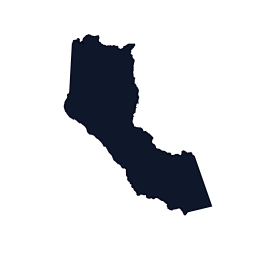 outline of Jacareacanga, Pará, Brazil, rotated 341°
{"feature_id": "56859067B99628293972220", "entity_name": "Jacareacanga", "entity_type": "district", "adm_level": 2, "iso_a3": "BRA", "parent_name": "Brazil", "parent_adm1": "Pará", "projection": "robinson", "projection_center": [-57.195, -7.478], "detail": "fine", "context": "isolated", "style": "filled", "palette": "ink", "viewbox_px": 256, "rotation_deg": 341, "n_neighbors": 0, "source": "geoboundaries", "source_scale": "gbopen_adm2", "svg_char_len": 5849}
<svg xmlns="http://www.w3.org/2000/svg" viewBox="0 0 256 256"><g transform="rotate(341 128 128)"><path d="M90.5,121.7L90.4,121.3L91.3,121.5L94.0,123.7L95.2,126.8L96.7,128.6L98.0,131.0L99.3,134.5L99.6,137.2L99.8,137.3L100.6,137.4L100.9,137.6L101.5,138.4L102.6,144.9L104.1,148.0L104.4,149.1L104.5,152.8L104.7,153.8L105.8,155.4L107.1,158.0L109.3,160.1L109.4,161.4L109.9,163.5L110.4,164.0L111.6,164.2L112.1,164.4L113.2,166.3L113.1,167.3L112.3,169.2L112.2,170.6L111.5,171.7L111.5,172.6L112.0,173.8L112.0,174.8L111.2,176.5L111.2,176.9L111.4,177.8L112.8,179.8L112.8,180.2L112.4,180.9L112.5,181.3L113.4,182.0L113.6,182.3L113.6,182.7L113.4,183.4L112.8,184.1L112.9,185.3L113.1,185.6L114.1,186.1L114.0,188.5L114.2,189.0L114.9,189.8L115.1,190.8L115.3,191.3L115.5,192.1L115.1,193.9L115.5,194.7L116.9,194.9L118.4,194.2L120.4,195.3L121.4,196.1L121.9,196.2L123.1,196.1L123.5,196.6L123.7,197.6L123.7,198.3L123.4,199.1L123.4,199.7L123.6,200.0L124.2,200.2L125.1,201.1L128.1,201.4L128.4,201.8L128.6,202.5L128.9,202.9L129.6,203.0L130.6,202.6L131.7,202.5L132.8,202.9L133.7,203.6L136.3,207.1L138.3,208.3L138.6,209.4L139.2,210.2L140.0,210.7L139.8,211.5L140.6,212.0L140.9,212.5L140.8,213.3L139.9,214.5L140.3,215.6L140.0,216.2L140.0,217.1L140.9,217.6L141.1,218.3L141.6,218.8L142.3,219.0L142.9,219.6L144.9,219.0L145.5,219.4L148.2,219.9L149.1,219.4L149.8,219.9L150.9,220.2L151.7,221.3L152.5,223.9L152.8,223.9L153.0,224.5L153.0,226.5L153.2,227.1L153.1,227.7L153.6,228.5L154.0,228.5L154.7,228.0L155.6,227.4L155.9,226.9L157.7,226.5L181.4,228.8L181.2,176.4L180.9,176.3L180.5,175.2L179.7,174.7L179.5,174.0L179.8,172.9L179.4,171.9L178.3,172.5L178.0,172.3L177.8,171.6L177.5,171.5L177.0,171.6L175.7,171.3L175.2,171.7L175.0,170.4L174.3,169.4L174.2,169.1L173.0,167.9L171.7,168.0L171.5,168.8L171.1,169.2L170.8,170.4L170.0,171.1L168.9,171.7L168.3,171.5L167.1,170.2L166.5,170.1L166.6,169.5L165.4,169.0L164.7,169.1L164.4,168.8L164.1,168.8L163.6,169.3L162.6,168.9L161.4,169.2L161.0,168.7L159.6,168.4L159.5,168.2L159.7,166.3L159.4,165.7L158.2,165.2L157.5,165.9L156.9,165.7L156.5,164.2L155.7,163.5L155.2,162.6L154.4,162.0L152.8,161.3L152.0,160.6L150.3,158.3L148.6,157.7L147.5,156.5L147.3,155.4L147.5,155.0L147.4,153.1L147.1,152.4L146.1,151.4L145.6,150.7L145.3,148.7L146.4,147.1L146.6,145.9L147.6,146.1L147.8,146.0L148.0,144.9L147.1,143.7L146.9,142.6L146.2,142.1L145.9,140.7L145.4,140.4L145.2,140.9L144.9,140.8L144.4,138.8L143.4,137.3L142.7,137.1L142.7,137.6L142.3,137.6L140.9,136.7L140.8,136.4L141.0,135.5L140.7,134.5L141.0,134.0L140.6,133.6L140.5,133.2L140.1,132.8L139.7,132.1L139.1,131.9L138.7,132.1L137.4,131.2L136.0,130.6L135.8,130.7L134.9,129.5L134.1,129.3L133.6,128.7L133.6,127.7L133.9,127.0L133.8,125.8L133.4,125.2L133.5,123.9L134.1,122.1L134.6,121.5L134.5,120.8L134.7,120.6L135.0,120.6L135.0,120.2L135.2,120.3L135.5,120.1L135.5,119.6L135.3,119.3L135.7,119.1L136.0,118.7L136.1,117.8L136.4,118.0L136.3,117.6L136.6,117.0L136.4,116.7L137.0,116.2L137.3,116.1L137.7,115.4L138.3,115.7L138.5,115.6L139.2,115.1L139.6,115.1L139.6,114.7L139.8,114.7L139.9,113.5L140.3,113.5L140.5,113.2L140.5,112.6L140.8,112.6L141.1,111.3L141.4,111.2L141.2,111.1L140.8,110.5L141.4,110.1L141.4,109.8L141.9,109.9L142.2,109.0L142.6,109.0L142.7,108.3L142.9,108.1L142.9,107.7L143.5,107.7L144.2,106.8L144.2,107.0L144.5,106.9L144.9,106.4L145.1,106.7L145.1,105.6L145.7,105.4L145.8,105.6L145.9,105.0L146.5,104.6L146.5,104.3L146.9,103.2L147.0,103.5L147.5,103.0L147.4,102.8L147.7,102.4L147.3,102.1L147.0,101.0L147.2,100.8L147.8,100.9L147.6,100.3L148.0,99.3L147.9,99.1L148.2,98.6L147.9,98.3L148.0,97.8L148.1,97.5L148.5,97.6L149.1,97.3L149.0,97.0L149.5,96.5L149.9,95.3L149.8,94.3L149.6,93.9L149.6,92.9L149.0,92.0L148.9,90.7L149.1,90.3L148.8,89.7L148.8,89.2L148.4,88.4L147.6,87.5L148.1,87.4L148.3,87.0L148.0,85.8L148.2,85.7L148.9,85.7L148.9,85.0L149.4,84.6L149.7,83.3L150.0,83.3L150.3,83.1L149.3,81.5L149.4,80.5L149.9,79.1L149.6,79.0L149.5,78.5L149.7,78.2L149.9,78.3L150.3,77.6L150.0,76.8L150.2,76.4L150.9,75.8L150.9,75.7L150.6,75.3L150.7,75.0L150.8,74.8L151.5,74.8L151.5,74.3L151.9,73.8L151.9,72.6L152.5,72.2L152.3,71.6L152.3,71.4L152.6,71.3L152.7,70.5L153.3,70.0L154.0,68.5L154.5,68.1L154.6,67.3L155.1,67.0L155.5,66.3L155.6,65.6L155.2,65.5L155.2,64.8L154.9,64.7L154.7,63.5L154.8,63.0L154.6,62.7L154.6,61.8L155.3,60.9L155.3,60.7L154.1,59.3L154.1,58.3L154.3,57.7L155.2,56.8L155.4,56.1L155.4,54.8L155.8,54.6L156.3,54.2L156.7,54.5L157.1,54.4L157.5,54.2L158.2,53.3L158.7,53.5L159.1,53.3L159.7,52.8L159.8,52.1L160.9,52.0L161.2,51.6L161.2,50.9L159.7,50.7L159.4,50.4L157.7,49.8L156.9,49.4L155.2,49.2L154.6,49.6L153.6,49.6L152.7,50.0L150.6,50.0L150.2,51.1L147.5,51.6L146.6,51.6L145.9,51.1L145.3,50.4L144.1,50.5L144.0,50.3L144.3,49.4L144.4,48.6L144.6,48.1L144.3,47.4L143.0,47.3L142.4,46.6L141.7,46.6L141.5,46.4L141.5,45.7L141.3,45.6L140.5,45.7L139.7,46.1L138.6,45.3L138.2,44.7L137.5,44.9L136.9,44.4L133.8,43.8L133.6,43.3L133.1,42.8L132.6,42.4L131.3,41.9L131.0,41.1L130.4,41.3L129.5,39.2L129.4,38.4L128.2,37.3L128.0,36.5L128.4,34.9L129.7,33.1L129.7,32.1L129.9,31.4L128.1,31.1L125.9,31.0L124.8,30.1L123.2,29.4L122.4,28.1L120.9,27.2L120.6,27.4L119.5,27.3L119.1,27.6L118.7,27.3L117.7,28.1L117.1,28.1L115.4,28.9L114.7,29.6L114.0,30.9L113.4,31.4L112.9,32.8L112.7,31.7L112.4,31.5L110.5,32.0L109.4,31.7L109.4,31.3L110.0,30.1L110.1,29.2L110.6,28.7L110.4,28.0L110.2,27.6L109.9,27.4L109.1,27.6L108.7,28.0L107.9,29.1L107.5,29.3L107.1,29.1L106.8,28.1L106.6,28.0L105.0,27.9L104.8,28.1L103.8,29.8L103.1,30.2L84.7,75.4L84.2,76.1L83.3,76.7L82.1,76.8L81.7,77.1L81.5,78.8L80.7,80.3L79.3,81.2L77.1,83.1L76.2,84.9L75.4,85.9L74.8,87.4L74.6,91.7L75.2,92.9L75.5,94.6L76.8,98.4L78.1,100.0L78.7,100.5L79.3,101.6L80.4,101.6L81.1,102.1L82.4,104.1L83.5,106.3L84.4,107.3L85.2,107.4L85.5,107.7L86.2,108.8L86.5,109.6L87.2,110.2L87.6,111.2L88.4,112.5L89.0,114.7L89.1,115.6L88.8,117.3L89.0,119.4L90.5,121.7Z" fill="#0f172a" stroke="#020617" stroke-width="1.5"/></g></svg>